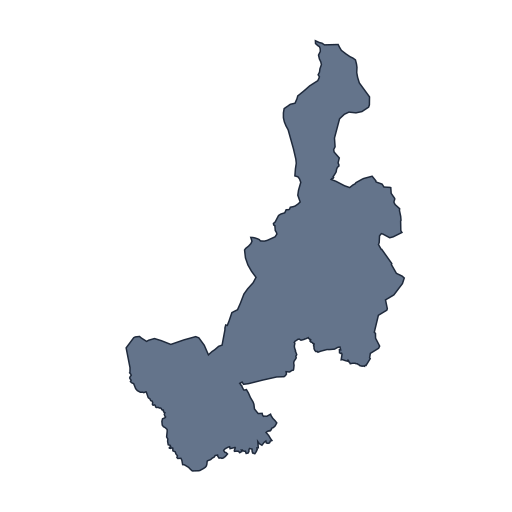 Ikara, Kaduna, Nigeria, rotated 257°
{"feature_id": "59680162B12574760496394", "entity_name": "Ikara", "entity_type": "district", "adm_level": 2, "iso_a3": "NGA", "parent_name": "Nigeria", "parent_adm1": "Kaduna", "projection": "mercator", "projection_center": [8.11, 11.312], "detail": "fine", "context": "isolated", "style": "filled", "palette": "slate", "viewbox_px": 512, "rotation_deg": 257, "n_neighbors": 0, "source": "geoboundaries", "source_scale": "gbopen_adm2", "svg_char_len": 6038}
<svg xmlns="http://www.w3.org/2000/svg" viewBox="0 0 512 512"><g transform="rotate(257 256 256)"><path d="M275.3,255.1L271.3,255.4L269.2,253.8L267.3,251.0L265.7,247.6L264.4,246.2L256.5,245.3L249.1,246.1L242.1,248.2L235.2,251.2L230.6,247.2L225.9,240.5L221.7,235.7L213.4,230.1L207.8,225.9L206.3,219.8L198.7,215.1L194.8,212.4L195.6,211.0L193.0,209.6L191.0,209.1L176.8,202.9L176.4,199.3L173.9,194.6L172.8,191.7L170.4,187.4L180.7,185.5L189.1,181.9L191.0,179.1L190.5,167.1L189.0,153.1L194.8,144.7L198.4,138.5L198.1,132.5L197.4,130.2L201.9,125.8L203.8,124.4L204.3,120.2L203.9,118.5L195.7,108.8L175.4,108.1L170.9,107.0L170.6,106.6L169.1,107.4L167.8,107.6L166.8,106.3L165.6,105.5L164.6,105.7L163.7,106.2L162.9,106.3L161.9,105.4L160.5,106.3L159.1,108.1L153.8,108.9L151.5,110.1L149.3,112.6L148.9,114.2L148.9,114.8L148.1,115.9L148.2,117.1L148.5,117.7L148.2,118.5L142.4,119.1L141.8,119.4L140.9,120.4L138.8,120.9L138.0,122.1L136.6,122.4L134.8,121.7L133.9,122.0L133.7,122.4L133.8,123.5L133.4,124.0L132.7,124.3L131.6,124.2L130.8,124.8L130.5,126.7L129.6,127.6L129.3,128.9L128.7,129.4L128.2,129.4L127.0,130.0L127.0,130.8L126.6,131.1L125.7,130.9L124.6,131.1L123.9,132.0L122.3,131.0L120.1,131.3L119.6,131.7L119.2,131.5L118.8,130.6L118.4,128.3L116.1,127.1L112.3,126.6L110.5,127.4L109.1,129.0L106.9,130.4L105.1,130.0L99.8,128.2L97.5,128.9L95.4,128.2L91.8,128.0L90.8,129.8L89.5,130.0L88.9,128.5L88.2,128.4L87.7,129.5L88.0,130.9L87.5,131.7L84.9,131.2L83.3,133.3L81.3,133.4L79.0,134.5L77.4,133.6L76.3,134.3L75.8,137.3L73.7,137.8L69.2,137.6L68.7,139.2L65.2,142.8L62.8,144.2L60.9,145.6L59.7,151.6L59.6,153.0L60.8,157.2L61.6,159.2L62.6,160.4L64.0,161.2L67.1,162.3L67.4,162.9L67.8,166.0L68.9,167.9L69.5,170.1L70.8,171.3L70.7,173.8L69.6,173.7L67.4,174.5L67.2,176.2L66.5,177.3L66.6,179.1L67.0,179.5L67.4,180.8L69.5,183.7L71.3,182.5L71.7,181.5L73.7,180.7L74.0,180.9L75.2,182.7L76.1,186.3L76.1,187.4L74.1,187.4L74.2,192.5L73.8,192.7L71.4,191.1L70.5,191.1L70.2,193.2L69.6,195.1L68.0,195.8L68.0,196.0L68.5,197.1L68.6,198.2L69.0,198.5L70.2,198.1L70.0,199.1L69.4,199.3L68.4,200.5L68.2,201.8L66.9,201.8L65.8,202.0L65.8,204.0L67.2,205.2L68.8,205.5L69.9,206.4L69.4,207.4L68.7,208.7L66.7,208.3L64.8,208.4L64.8,208.9L63.9,209.7L63.6,210.4L65.6,212.5L66.6,212.9L66.9,213.6L68.8,213.7L68.6,215.1L74.8,216.0L72.4,217.0L70.3,219.2L72.6,222.0L73.5,224.0L71.5,224.0L70.8,225.5L70.8,226.8L71.1,227.4L72.4,228.2L72.6,230.0L75.0,229.0L78.2,228.0L81.8,226.1L82.5,227.4L82.6,228.0L82.8,229.0L82.4,229.3L82.9,230.4L82.5,230.8L83.7,232.1L84.2,232.2L84.8,233.0L84.9,234.3L86.1,236.4L88.7,238.7L91.3,237.5L93.9,235.9L96.9,234.8L98.6,234.6L97.4,230.5L98.2,227.6L98.1,227.2L99.4,226.6L101.3,226.6L102.0,222.7L102.7,222.3L107.3,220.1L112.0,220.6L114.4,220.3L119.4,218.7L124.2,217.8L128.0,216.6L127.9,215.4L128.1,214.1L128.5,213.8L131.7,213.0L132.7,213.0L133.3,212.4L134.9,212.1L134.9,211.8L135.6,211.5L136.3,214.1L133.8,215.0L133.3,220.1L133.6,234.7L133.5,248.9L132.1,256.2L133.0,258.0L133.8,258.6L134.1,259.1L136.5,259.3L135.5,262.4L135.5,262.9L136.4,265.1L136.4,266.7L137.2,267.2L141.0,268.5L142.8,268.6L143.7,268.8L144.9,269.4L147.2,271.9L147.9,272.3L149.3,272.2L150.7,273.5L153.7,273.1L154.0,272.9L154.8,273.2L157.7,272.9L159.6,273.1L161.9,274.1L162.3,274.2L163.2,273.8L164.2,274.9L164.8,276.8L165.4,278.0L165.3,279.5L164.0,280.6L163.8,281.5L163.9,284.1L164.2,284.9L164.1,285.6L164.7,288.6L163.7,288.8L162.9,289.8L162.5,289.7L162.1,290.4L161.7,290.1L161.0,289.5L160.6,290.1L159.8,290.1L159.2,291.2L157.9,291.8L157.8,292.5L157.1,292.9L156.5,292.3L155.5,291.9L155.2,292.2L152.6,291.7L150.7,292.1L149.4,292.9L149.2,294.3L148.3,294.7L148.7,297.6L148.9,304.1L148.3,306.5L147.6,311.6L148.5,314.7L148.6,316.2L148.4,317.4L145.5,317.4L145.9,316.2L142.9,315.6L141.9,316.8L142.0,317.5L140.8,317.7L135.7,315.6L135.6,316.9L133.9,319.6L132.9,321.6L133.8,322.0L133.6,322.5L131.7,322.8L131.2,323.3L129.8,323.6L129.8,325.7L129.2,328.5L128.8,328.8L128.3,330.0L128.2,330.6L127.3,331.1L126.6,332.1L125.6,332.7L125.5,333.2L124.7,334.7L124.8,335.5L124.1,336.9L124.5,337.0L124.9,338.2L124.6,338.6L130.3,344.2L131.3,343.8L135.4,345.5L138.5,354.7L140.4,356.2L149.0,354.0L153.7,355.0L155.1,354.1L170.7,361.9L173.8,371.3L175.1,372.1L184.1,372.3L187.1,381.6L196.2,392.5L201.2,395.5L203.5,393.9L207.5,388.9L217.1,386.0L218.1,386.6L234.2,380.0L234.3,379.5L239.6,377.9L241.5,379.1L247.9,380.9L249.6,383.2L248.8,384.6L243.7,390.4L243.8,393.9L246.1,403.5L248.1,402.8L257.6,404.8L258.1,405.3L262.1,405.9L268.0,406.0L269.8,406.6L274.8,403.1L277.1,402.5L277.8,402.6L280.4,404.1L281.1,404.0L286.6,401.8L292.3,402.7L292.7,402.0L294.4,396.2L297.7,395.0L300.8,390.1L301.3,389.6L301.6,389.5L302.3,389.7L307.6,387.1L307.3,378.4L307.0,376.9L305.0,369.9L304.0,368.7L303.4,366.4L301.6,362.7L304.5,358.1L310.8,350.7L313.7,346.4L314.5,347.5L314.4,348.6L315.0,349.3L316.0,349.0L317.4,350.6L319.9,353.0L322.5,354.1L324.1,355.3L325.0,357.0L326.3,357.3L328.2,356.9L332.8,359.2L339.7,355.5L342.2,355.6L344.6,357.6L353.3,359.0L370.9,368.3L374.2,373.9L375.3,378.9L373.0,385.6L372.9,391.7L375.7,399.2L377.8,400.5L385.5,402.4L401.4,395.6L407.1,395.2L412.0,395.4L417.1,396.8L420.4,397.1L424.7,397.0L427.0,395.0L429.1,392.4L433.0,388.8L437.2,385.4L440.7,384.3L443.6,383.6L446.3,370.2L448.5,368.2L449.7,365.8L452.4,362.3L449.6,361.8L447.0,363.6L445.7,364.9L443.7,365.2L440.9,364.7L437.7,362.1L433.7,362.1L430.6,362.8L427.8,362.8L424.0,360.4L420.8,359.2L418.6,357.3L416.3,358.1L414.8,357.1L412.9,355.6L409.8,346.8L405.5,338.7L402.6,332.7L400.0,331.3L396.1,328.4L396.1,323.6L393.3,316.6L389.3,314.9L384.5,313.8L380.3,313.8L376.0,314.5L371.8,315.7L351.9,316.6L341.4,316.6L337.3,316.1L332.0,314.0L325.3,311.9L323.8,314.6L321.5,315.7L317.7,316.2L310.5,312.2L305.8,310.4L298.7,311.2L297.2,308.6L295.9,305.4L295.7,303.2L295.8,300.4L294.1,299.2L293.8,298.3L294.3,295.8L291.6,293.7L291.3,289.6L290.4,287.1L284.8,282.3L283.8,280.3L282.2,280.2L281.4,281.2L276.5,280.5L274.4,281.2L272.7,281.3L270.4,278.9L268.7,270.5L268.6,267.5L269.7,263.7L271.2,262.9L272.3,261.5L273.7,259.3L274.7,257.2L275.3,255.1Z" fill="#64748b" stroke="#1e293b" stroke-width="1.5"/></g></svg>